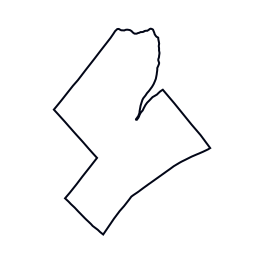 the district of Ungureni, Botosani, Romania, rotated 78°
{"feature_id": "2599482B2994749554598", "entity_name": "Ungureni", "entity_type": "district", "adm_level": 2, "iso_a3": "ROU", "parent_name": "Romania", "parent_adm1": "Botosani", "projection": "natural_earth1", "projection_center": [26.795, 47.826], "detail": "fine", "context": "isolated", "style": "outline", "palette": "ink", "viewbox_px": 256, "rotation_deg": 78, "n_neighbors": 0, "source": "geoboundaries", "source_scale": "gbopen_adm2", "svg_char_len": 2018}
<svg xmlns="http://www.w3.org/2000/svg" viewBox="0 0 256 256"><g transform="rotate(78 128 128)"><path d="M195.4,138.1L194.8,136.8L192.8,131.8L190.0,125.7L187.3,119.6L184.5,113.1L181.8,106.9L178.4,99.1L176.9,95.6L174.9,91.2L172.8,85.1L172.0,82.5L171.0,78.5L169.2,71.6L168.0,65.5L167.8,64.3L166.8,59.4L165.5,54.0L164.7,51.8L150.0,58.5L137.7,65.2L113.4,77.6L97.8,86.0L98.3,87.4L99.1,89.2L100.3,91.2L101.3,92.7L102.3,95.7L102.9,97.6L105.6,101.5L107.2,104.0L109.2,106.2L111.8,108.4L113.9,110.0L114.7,111.1L115.7,112.4L117.5,113.9L119.1,114.9L120.2,115.8L121.3,117.1L121.8,117.7L121.5,118.4L121.1,118.4L120.6,117.8L118.4,115.4L115.7,113.7L113.8,113.1L108.9,111.1L106.0,109.5L103.4,108.0L102.0,106.8L99.8,104.1L97.9,102.2L95.9,99.5L94.2,97.6L92.7,95.9L90.4,93.8L87.9,92.0L85.6,90.5L81.6,88.8L79.5,88.1L78.5,87.7L76.9,87.2L75.4,86.9L73.8,85.7L71.7,84.3L70.7,84.0L69.1,84.2L68.0,84.3L66.9,84.0L66.0,83.4L65.0,82.9L63.9,82.6L62.9,82.2L61.2,81.6L58.3,81.5L57.3,81.2L56.1,81.0L54.3,80.9L52.0,80.0L50.0,79.9L47.9,79.9L46.8,79.8L45.9,79.7L45.5,80.1L45.1,80.6L44.7,81.1L43.4,81.8L41.8,82.4L40.3,82.5L38.7,82.8L37.0,83.1L36.5,83.6L36.1,84.1L35.6,85.1L35.7,86.1L35.9,86.6L36.3,87.2L36.6,88.1L36.9,88.9L36.6,90.1L36.6,91.9L37.1,92.6L37.1,94.4L36.8,95.7L37.2,97.3L37.2,98.4L37.5,99.9L37.3,101.1L37.0,102.1L35.6,103.4L33.9,104.4L32.7,105.7L32.2,106.8L31.6,108.5L31.5,110.2L31.8,111.2L31.2,113.6L31.0,114.3L30.2,115.3L29.2,116.4L29.0,117.9L30.5,120.4L32.9,122.8L36.4,126.5L47.0,139.1L53.1,146.2L62.5,157.4L70.8,167.1L75.2,173.0L80.5,179.4L87.0,187.2L92.4,193.9L94.6,196.7L100.2,193.4L109.0,188.3L114.4,185.3L116.3,184.2L119.9,182.2L124.1,179.8L132.0,175.2L140.3,170.6L145.9,167.4L150.8,164.5L154.5,168.9L158.7,173.9L166.0,182.7L172.4,190.1L179.3,198.5L183.7,204.2L187.7,201.4L190.5,199.7L194.8,196.7L198.8,194.3L207.2,189.0L209.0,187.8L214.2,184.2L216.5,182.9L221.3,178.7L224.1,176.8L227.0,174.4L218.5,165.5L213.7,160.5L207.5,153.4L203.5,148.0L198.2,141.7L195.8,139.0L195.4,138.1Z" fill="none" stroke="#020617" stroke-width="2"/></g></svg>